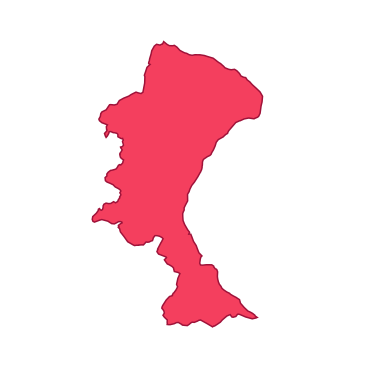 outline of Sagaing, Sagaing, Myanmar, rotated 299°
{"feature_id": "60261553B34432285334983", "entity_name": "Sagaing", "entity_type": "district", "adm_level": 2, "iso_a3": "MMR", "parent_name": "Myanmar", "parent_adm1": "Sagaing", "projection": "robinson", "projection_center": [95.553, 21.913], "detail": "fine", "context": "isolated", "style": "filled", "palette": "rose", "viewbox_px": 384, "rotation_deg": 299, "n_neighbors": 0, "source": "geoboundaries", "source_scale": "gbopen_adm2", "svg_char_len": 5972}
<svg xmlns="http://www.w3.org/2000/svg" viewBox="0 0 384 384"><g transform="rotate(299 192 192)"><path d="M113.9,309.8L114.2,307.5L114.4,307.1L114.5,306.9L114.8,306.5L114.9,305.4L115.0,305.0L115.1,304.4L115.2,303.9L115.2,302.4L115.2,301.9L115.2,301.2L115.2,300.9L115.0,298.6L116.3,293.6L118.2,288.4L120.9,285.7L121.0,283.8L121.2,281.8L121.1,278.3L121.2,275.1L121.6,274.1L121.6,273.4L121.5,272.6L121.5,272.0L121.5,271.7L121.4,270.8L121.5,270.1L121.6,268.8L121.7,268.3L121.7,267.6L121.8,267.2L121.9,266.8L122.1,265.5L122.2,265.2L122.4,264.7L122.7,264.3L123.1,263.7L123.7,262.8L123.9,262.3L124.0,262.1L124.2,261.7L124.3,261.3L124.4,260.9L124.7,260.5L125.4,259.6L125.7,259.3L126.1,258.7L126.5,258.4L126.9,258.0L127.2,257.7L127.6,257.4L127.9,257.0L128.3,256.7L129.0,256.2L129.3,255.9L129.7,255.7L130.2,255.3L130.7,255.0L134.6,253.1L136.2,251.2L136.3,250.6L136.1,249.6L136.2,249.2L136.5,248.7L136.7,248.2L136.8,247.7L137.2,247.4L137.7,246.9L137.9,244.6L136.8,242.5L135.3,239.8L133.0,236.5L132.3,234.8L133.4,233.3L137.3,231.8L139.4,231.3L140.9,231.7L142.2,227.5L144.6,224.6L147.2,221.6L149.5,217.3L152.7,213.6L154.5,211.4L154.0,210.3L153.6,209.6L155.6,209.4L156.8,206.6L160.0,201.3L162.7,198.0L166.1,195.8L168.7,194.3L169.5,194.2L170.3,194.0L171.1,194.0L172.2,193.9L172.4,193.9L174.3,192.8L177.5,192.6L182.1,192.5L186.8,189.8L187.2,189.5L188.0,189.2L190.8,189.3L193.4,188.8L197.6,188.6L201.8,189.3L208.1,189.7L212.9,189.7L213.9,189.8L214.9,189.6L215.8,189.6L216.8,189.4L217.8,189.1L218.6,188.8L219.3,188.4L219.9,188.2L220.7,188.0L221.5,187.5L222.5,187.1L223.1,186.7L224.3,186.4L225.5,186.2L226.5,186.4L227.4,186.8L228.5,187.4L229.6,187.9L230.7,188.5L231.6,189.2L232.6,189.9L233.4,190.2L234.3,190.4L235.1,190.3L235.6,190.2L235.8,190.2L236.6,190.2L239.2,190.3L243.5,189.9L247.2,189.1L250.6,189.6L255.4,192.6L257.3,193.1L257.5,193.2L257.9,193.3L258.2,193.5L258.4,193.5L258.7,193.6L258.9,193.7L259.3,194.0L259.5,194.1L260.0,194.4L260.5,194.7L261.3,194.4L261.5,194.4L262.4,194.5L262.9,194.4L263.4,194.4L274.0,196.6L277.6,199.3L277.8,199.7L277.9,199.8L278.0,199.8L281.2,202.2L284.2,205.7L286.1,210.8L286.6,211.1L286.8,211.2L289.2,213.1L290.5,213.6L293.8,213.4L298.2,211.7L300.7,210.7L304.7,209.6L308.1,208.1L309.9,207.3L312.5,203.0L313.7,198.5L315.0,193.0L315.5,191.4L316.3,189.3L316.8,185.9L318.1,183.5L317.4,181.6L317.2,178.6L318.7,176.0L319.8,172.4L319.9,169.7L317.9,167.0L317.1,164.6L316.6,160.6L317.4,158.3L317.4,157.9L318.1,155.1L318.2,154.0L318.2,152.8L318.5,150.6L318.8,148.9L319.0,147.6L319.3,145.7L318.0,139.8L317.4,136.7L315.9,132.6L313.5,128.1L311.6,125.8L310.7,123.0L310.7,120.2L310.1,118.0L310.0,115.3L310.0,112.7L311.4,108.6L311.7,105.5L310.5,104.1L309.0,101.2L309.0,98.6L309.8,94.3L307.5,94.5L306.7,94.2L306.7,93.9L305.0,92.8L304.0,89.4L301.3,88.3L300.0,88.3L296.0,88.3L292.9,89.3L287.9,90.4L285.7,91.2L284.8,91.2L283.6,91.6L283.3,91.9L283.3,93.5L279.2,92.2L272.5,93.5L272.2,93.5L270.9,93.8L270.0,94.9L264.3,97.8L255.5,100.7L253.4,99.7L252.6,96.8L252.2,94.6L249.2,92.5L247.7,91.5L245.2,90.2L240.9,86.7L237.7,84.7L236.8,84.1L232.4,83.9L230.4,81.8L229.4,79.4L228.9,78.3L228.3,77.6L226.2,77.4L222.3,77.1L218.4,74.4L216.4,74.2L213.6,75.2L210.6,75.2L209.5,76.5L208.9,79.6L209.4,82.8L209.7,85.5L207.6,85.4L205.0,87.2L205.0,87.6L204.3,87.9L200.8,87.1L199.0,89.0L198.1,90.4L200.0,90.8L202.9,90.8L204.3,90.3L204.5,90.6L204.9,90.7L205.2,91.3L205.5,91.7L205.7,94.3L206.3,95.6L206.9,97.8L206.5,99.2L204.4,100.4L204.4,104.4L205.2,105.3L204.7,105.7L204.6,106.2L204.0,106.8L202.8,106.6L202.3,106.8L201.5,107.7L200.5,108.7L199.6,109.4L197.7,108.9L196.7,107.7L196.1,108.2L196.0,108.7L194.9,110.5L192.7,110.5L190.8,110.2L190.2,110.7L190.2,110.8L189.7,110.7L187.7,112.5L187.1,114.0L186.9,116.6L185.3,116.8L184.3,117.2L184.1,117.3L182.5,117.0L181.1,116.6L181.1,115.8L180.6,115.1L179.9,115.0L179.6,114.7L177.0,114.7L175.1,114.3L172.1,111.3L171.4,110.3L168.7,109.1L166.4,108.8L164.8,109.8L162.4,109.0L159.9,110.8L159.5,112.8L159.9,116.0L160.1,119.5L159.2,122.4L159.3,125.8L159.1,127.9L158.4,129.3L156.3,129.3L155.5,130.8L154.9,131.2L152.4,131.1L151.9,131.7L149.8,131.3L147.7,131.6L145.5,130.4L145.5,128.1L142.7,126.6L141.5,124.9L140.6,122.2L138.6,120.9L136.7,121.0L135.7,121.6L133.5,122.2L132.2,121.7L131.9,120.2L132.7,119.2L131.7,118.5L130.9,118.7L130.3,119.0L128.7,118.8L127.0,118.6L122.4,117.1L119.7,118.0L118.3,119.6L118.4,121.3L122.5,124.8L124.2,126.5L124.9,129.4L125.7,132.6L125.4,137.1L126.5,139.6L128.4,140.9L130.5,142.2L131.5,143.9L131.7,145.2L131.1,145.8L129.9,145.0L127.9,144.1L127.1,143.8L126.3,144.8L126.1,144.5L125.3,144.6L124.8,146.5L123.1,148.0L122.3,148.9L120.1,154.1L117.3,159.9L117.2,166.2L117.3,167.7L118.7,169.5L119.4,170.9L119.6,171.2L119.9,171.2L120.0,171.7L120.5,172.0L120.6,172.5L121.4,173.6L121.5,174.1L122.1,174.7L122.2,175.2L122.7,175.3L126.0,176.1L126.5,177.4L127.4,178.7L129.4,180.1L130.3,181.0L131.6,180.8L133.1,180.4L135.8,180.7L136.4,181.7L136.9,182.7L137.6,185.1L137.6,187.9L137.1,189.4L135.8,189.4L133.2,189.5L132.9,189.4L125.4,189.6L125.3,190.0L122.9,190.2L122.3,191.2L121.5,192.9L121.8,194.8L122.6,200.8L122.2,201.5L119.3,200.7L118.2,202.9L117.1,205.3L117.3,207.0L117.2,210.6L116.7,212.5L115.9,213.2L113.9,215.1L114.9,218.9L114.8,221.0L109.7,221.5L103.7,223.3L102.1,225.4L98.7,225.5L94.8,225.0L94.5,224.7L92.5,224.7L91.9,225.1L89.7,223.0L85.0,221.8L78.4,221.4L76.6,221.6L75.5,222.2L75.4,223.0L74.3,225.1L72.7,226.5L70.1,226.4L69.2,228.3L68.7,230.0L68.1,232.4L65.9,233.5L65.1,234.1L64.1,234.5L64.8,236.2L65.3,237.1L68.2,240.3L70.2,241.7L71.3,243.4L71.2,246.7L71.3,247.2L70.9,248.0L71.7,250.0L72.9,252.7L74.9,253.7L76.8,254.4L78.2,255.2L79.1,257.2L81.9,259.5L83.0,260.1L83.5,260.6L83.7,261.1L84.1,261.4L84.2,261.5L84.2,264.7L84.2,268.9L84.1,273.2L84.0,275.4L85.3,276.0L85.7,276.7L88.5,278.2L91.9,279.9L94.7,280.5L98.3,281.8L100.6,282.7L103.3,284.9L102.6,286.1L102.0,287.6L102.5,288.8L104.4,290.7L107.1,291.1L107.7,291.8L108.1,293.3L108.7,299.5L110.3,306.2L113.0,309.2L113.5,309.4L113.9,309.8Z" fill="#f43f5e" stroke="#9f1239" stroke-width="1.5"/></g></svg>